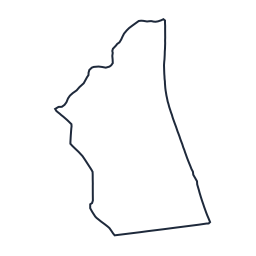 the district of São João da Barra, Rio de Janeiro, Brazil, rotated 353°
{"feature_id": "56859067B49763228552069", "entity_name": "São João da Barra", "entity_type": "district", "adm_level": 2, "iso_a3": "BRA", "parent_name": "Brazil", "parent_adm1": "Rio de Janeiro", "projection": "albers", "projection_center": [-41.074, -21.765], "detail": "fine", "context": "isolated", "style": "outline", "palette": "slate", "viewbox_px": 256, "rotation_deg": 353, "n_neighbors": 0, "source": "geoboundaries", "source_scale": "gbopen_adm2", "svg_char_len": 2120}
<svg xmlns="http://www.w3.org/2000/svg" viewBox="0 0 256 256"><g transform="rotate(353 128 128)"><path d="M198.0,231.4L196.9,227.4L196.0,224.3L195.2,221.1L194.6,218.4L194.0,215.8L193.3,212.3L192.8,210.0L192.3,207.5L191.8,204.8L191.1,200.7L190.8,198.4L189.8,192.4L190.0,189.3L187.1,182.4L187.1,179.3L186.0,176.4L185.3,173.6L184.5,170.7L183.7,167.7L182.9,164.5L182.2,161.3L181.7,159.2L181.2,156.6L180.5,154.0L179.9,150.7L179.0,147.1L178.5,144.9L178.1,142.8L177.5,140.2L176.8,137.5L176.4,135.5L175.8,132.6L175.0,129.3L174.4,126.7L173.9,124.5L173.5,122.5L173.2,120.4L172.6,117.9L172.1,115.3L171.5,112.3L171.1,109.3L170.6,106.4L170.4,103.6L170.1,100.4L170.0,97.7L169.9,95.4L169.9,92.9L170.0,90.6L170.1,88.3L170.3,86.1L170.3,83.6L170.5,81.0L170.6,78.9L170.8,76.5L171.1,73.2L171.4,70.0L172.0,66.8L172.6,64.2L173.0,61.9L173.4,59.6L173.8,56.8L174.4,53.7L174.8,51.1L175.2,48.5L175.5,45.5L175.9,43.0L176.3,39.5L176.6,36.9L176.9,34.3L177.3,31.3L177.5,28.6L177.8,25.8L176.3,24.3L174.2,25.1L170.8,25.8L168.3,25.9L166.3,25.5L164.4,24.8L162.4,24.6L159.9,24.6L156.2,23.5L154.1,23.1L151.7,23.1L148.6,24.8L144.6,27.0L141.3,28.9L138.6,31.0L135.6,33.8L133.7,36.6L132.0,39.4L129.9,42.0L127.6,43.2L126.0,44.8L124.3,46.2L122.7,47.5L121.8,49.6L122.0,51.6L121.2,54.5L121.1,58.0L120.8,61.7L119.0,63.7L117.1,64.8L113.3,65.4L109.5,64.2L106.2,63.4L101.4,63.2L99.4,63.7L96.7,65.7L95.6,68.3L95.2,70.7L93.6,72.5L89.5,78.2L84.8,81.5L81.6,84.4L77.3,86.7L74.3,88.8L72.1,91.3L70.0,95.0L67.8,97.3L64.9,98.9L61.6,98.6L58.0,100.2L59.0,102.4L60.5,104.0L62.0,105.5L63.3,107.0L65.2,108.9L68.7,112.8L72.3,117.3L72.2,119.4L71.7,121.4L71.0,124.8L70.2,128.9L69.2,134.5L68.9,136.6L70.6,139.0L73.1,142.1L76.0,145.6L79.4,150.3L81.3,154.0L83.4,158.3L86.6,164.9L87.5,167.2L87.3,169.7L86.7,174.9L86.3,178.9L86.0,181.0L84.9,190.3L84.6,193.0L84.3,195.7L83.2,198.1L81.2,199.1L80.7,203.0L81.7,205.5L82.5,207.4L84.7,211.9L85.9,213.5L87.5,215.1L89.8,217.5L93.3,220.8L95.9,223.4L97.4,225.1L99.1,228.3L100.4,230.9L101.7,232.9L127.3,232.9L135.0,232.8L151.0,232.8L163.3,232.7L186.3,232.6L194.4,232.4L196.4,232.6L198.0,231.4Z" fill="none" stroke="#1e293b" stroke-width="2"/></g></svg>